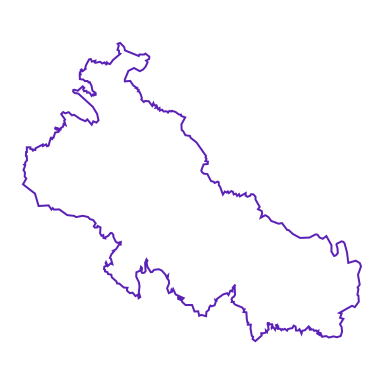 Emiliano Zapata, Veracruz, Mexico (Equal Earth projection)
{"feature_id": "50627088B15654993016577", "entity_name": "Emiliano Zapata", "entity_type": "district", "adm_level": 2, "iso_a3": "MEX", "parent_name": "Mexico", "parent_adm1": "Veracruz", "projection": "equal_earth", "projection_center": [-96.752, 19.457], "detail": "fine", "context": "isolated", "style": "outline", "palette": "violet", "viewbox_px": 384, "rotation_deg": 0, "n_neighbors": 0, "source": "geoboundaries", "source_scale": "gbopen_adm2", "svg_char_len": 5889}
<svg xmlns="http://www.w3.org/2000/svg" viewBox="0 0 384 384"><path d="M149.3,56.6L145.4,53.6L144.2,54.5L139.3,54.5L138.8,56.0L126.6,51.1L124.9,50.3L124.2,47.1L120.1,42.9L117.7,43.8L118.8,45.6L117.5,49.9L118.9,50.5L119.2,53.3L120.3,53.8L112.9,60.1L110.0,64.1L107.4,63.1L107.0,63.7L106.7,62.5L105.6,63.8L104.5,62.4L102.2,63.5L100.2,61.8L95.5,62.8L94.8,62.5L95.3,60.7L91.9,61.6L90.8,59.0L89.1,59.4L86.0,65.2L85.1,68.5L85.6,68.9L82.8,71.1L81.6,69.4L80.7,70.0L81.3,71.3L79.9,72.3L80.6,74.3L79.7,74.3L79.9,79.1L83.4,79.6L84.9,81.1L87.6,81.0L88.5,82.5L89.7,82.1L91.5,85.7L92.5,90.8L95.6,92.9L95.7,94.8L94.1,95.3L94.2,94.3L93.4,94.1L91.6,95.9L90.2,93.4L88.6,92.3L87.1,92.7L86.4,90.9L84.0,91.2L83.1,89.2L84.3,87.9L82.7,86.3L77.7,90.8L74.3,89.7L73.3,90.0L73.1,91.5L74.7,93.0L78.3,93.6L92.8,106.8L97.1,113.9L98.5,120.3L96.5,122.6L93.3,121.3L91.7,124.7L87.3,119.4L85.4,121.2L80.1,118.9L74.1,114.8L71.9,115.3L68.7,112.2L65.3,113.3L63.1,112.1L61.2,114.1L65.1,119.6L64.2,120.8L65.5,125.0L63.6,123.9L63.0,126.7L60.8,128.1L60.7,129.2L55.5,127.6L55.1,128.5L56.2,129.5L59.7,130.3L58.5,131.9L55.1,132.6L53.5,137.8L51.5,137.7L51.8,138.9L50.6,138.4L48.5,145.8L46.9,146.2L46.2,144.4L42.9,146.0L42.8,144.5L35.5,148.3L35.3,150.0L33.2,149.6L32.9,151.4L32.4,149.3L30.3,148.9L30.4,147.3L26.8,147.3L26.9,152.0L26.1,152.0L25.9,155.0L26.0,156.1L26.8,156.2L27.0,160.3L25.2,162.5L25.2,164.3L24.2,164.7L25.1,165.8L23.5,170.0L24.9,172.3L24.7,176.6L26.3,178.5L23.0,184.3L35.0,193.6L38.6,206.0L48.6,205.4L51.5,209.6L52.7,208.1L54.1,209.6L59.3,209.4L67.2,215.1L74.2,215.9L76.0,217.1L82.8,215.8L88.0,217.0L89.9,219.0L93.2,220.1L95.7,223.4L93.8,226.3L94.8,227.6L97.2,227.4L97.6,226.0L100.5,227.4L100.1,233.3L101.5,235.8L103.3,235.1L103.5,238.0L105.4,238.4L105.4,237.3L108.3,235.8L110.7,232.9L112.0,233.2L113.4,235.0L113.3,236.6L115.8,241.8L117.7,242.9L120.8,242.0L120.6,244.6L119.3,244.2L115.9,249.4L113.1,250.8L113.9,251.4L111.3,254.5L109.9,258.0L111.0,259.0L112.4,264.2L110.6,263.4L107.8,266.0L106.0,262.2L105.6,263.0L106.8,265.8L104.4,266.5L104.0,269.2L105.1,269.9L105.0,271.4L107.5,272.2L108.0,274.0L111.3,274.7L111.8,277.3L116.5,281.5L117.1,283.5L119.3,283.6L123.8,287.5L127.5,287.8L126.9,289.6L127.3,291.0L129.8,293.1L132.6,292.7L135.5,296.1L137.9,294.6L138.6,298.2L140.2,297.1L138.8,292.3L139.5,286.6L139.0,282.5L136.2,276.6L136.4,272.3L140.2,270.6L141.0,266.9L142.0,268.0L141.5,271.9L142.2,273.0L144.1,272.8L145.6,271.2L145.1,262.9L146.5,259.3L147.4,260.5L146.6,263.1L147.5,267.0L150.8,272.2L152.2,272.0L154.0,269.9L158.7,269.2L161.7,270.5L165.5,274.7L166.6,277.2L168.0,275.5L167.6,279.0L168.8,280.4L169.1,283.3L167.1,288.3L168.8,293.1L171.0,292.1L171.5,289.9L172.2,291.0L173.1,289.0L175.7,294.5L183.6,298.1L182.4,299.4L179.0,296.9L178.1,297.3L178.2,298.9L181.7,300.4L182.0,301.7L185.5,305.0L192.1,305.0L194.5,311.5L198.2,311.3L199.2,315.8L201.2,314.9L206.1,316.2L206.4,311.9L208.9,309.8L209.2,307.5L210.4,305.6L211.5,306.3L214.6,305.3L215.8,301.8L215.3,299.9L216.6,300.5L217.0,298.9L223.2,294.4L227.1,293.2L228.5,295.0L230.4,290.7L232.4,291.4L232.4,289.4L233.9,287.9L233.0,287.4L235.3,284.6L234.6,286.1L235.0,294.8L233.9,296.8L232.3,297.6L231.5,299.4L232.1,300.5L231.7,302.0L233.8,301.9L233.7,303.0L235.1,304.6L242.4,307.6L243.5,309.3L244.6,309.3L243.5,312.0L246.4,312.3L246.8,319.1L247.4,322.4L248.2,322.6L247.8,324.7L250.8,324.7L250.5,328.4L251.8,335.9L253.1,336.7L252.6,339.1L255.3,341.1L261.6,335.6L261.1,332.4L261.8,333.7L266.2,332.4L266.0,330.7L267.1,331.9L267.3,330.6L268.6,329.6L268.1,325.8L268.8,325.0L267.6,324.5L267.8,323.0L268.8,323.0L269.1,324.4L272.1,324.2L272.4,324.7L271.6,327.6L271.7,328.2L273.1,326.9L275.0,329.6L275.2,328.4L277.0,328.2L276.0,325.2L277.1,324.8L277.1,326.3L278.2,326.3L278.2,328.9L279.9,328.7L281.4,330.2L282.2,329.1L283.3,329.6L284.7,328.8L287.1,330.6L288.0,329.0L292.3,328.1L293.8,325.6L295.6,326.7L296.0,330.5L297.8,330.6L299.5,329.2L301.5,333.7L302.3,330.8L305.0,330.2L308.7,326.4L310.7,328.6L309.5,329.0L309.8,329.7L313.3,329.5L314.2,330.9L316.0,330.4L317.2,331.7L318.4,330.8L318.4,332.1L317.2,333.5L319.6,335.0L319.7,333.0L320.6,333.0L322.0,336.7L326.3,336.1L328.9,337.5L333.5,336.4L337.0,337.2L340.7,336.0L342.1,331.5L341.6,327.0L340.0,324.2L343.4,318.9L340.1,317.8L341.6,313.5L339.4,312.9L352.0,305.8L354.8,307.1L358.8,301.7L358.4,295.7L357.4,294.8L358.4,289.1L357.6,287.6L359.7,284.6L358.0,274.8L361.0,266.4L359.8,263.1L355.8,260.7L348.3,262.9L347.0,252.4L344.6,243.4L343.3,241.8L341.5,241.4L336.9,243.7L336.4,244.8L337.5,248.1L337.8,253.1L335.7,255.5L334.0,255.9L331.4,251.5L331.5,245.3L326.4,236.1L322.7,238.8L319.6,237.5L317.5,234.7L315.6,234.4L309.4,237.6L300.0,237.9L292.9,234.0L288.7,230.1L287.1,229.9L282.0,223.1L278.5,223.7L271.2,220.9L268.3,217.0L265.3,215.2L260.7,217.7L262.2,213.3L261.7,211.0L258.0,209.2L259.7,206.9L255.5,199.5L255.5,196.7L253.4,194.4L251.0,194.2L250.1,195.8L247.5,196.8L245.6,195.7L245.7,193.1L239.9,196.4L239.0,194.2L237.1,195.9L235.8,193.7L233.7,194.4L232.9,191.8L231.3,191.1L228.8,193.1L227.8,191.5L226.8,192.6L224.9,191.5L222.9,194.5L220.0,186.5L218.9,185.4L218.7,182.2L217.7,181.6L214.6,183.0L213.8,181.8L211.0,181.1L207.4,174.1L203.7,173.6L201.9,172.0L201.3,170.4L203.6,164.4L207.7,164.0L207.9,161.6L205.4,161.1L206.5,158.8L205.5,157.3L206.1,156.1L196.4,142.3L190.6,137.8L190.0,136.0L185.4,135.2L183.1,131.0L181.7,130.1L181.4,124.4L185.2,117.4L181.3,116.0L181.0,114.6L179.1,114.6L175.6,112.0L171.9,110.8L171.3,111.5L169.4,110.9L168.0,112.6L166.7,111.3L163.6,111.5L162.1,109.7L159.9,110.6L159.5,108.1L158.1,109.2L157.4,107.6L155.8,107.8L156.9,106.3L156.4,105.2L154.3,105.5L153.4,103.1L152.2,105.9L148.7,101.2L145.1,101.0L143.8,102.0L141.3,99.5L141.9,98.1L140.8,94.7L139.4,91.7L138.0,91.4L138.7,89.9L137.1,88.9L137.2,87.9L135.5,87.9L135.6,87.0L133.4,85.6L130.2,80.9L124.9,81.4L124.8,79.6L128.4,70.9L134.0,68.0L139.8,71.2L143.1,69.5L145.5,66.8L147.6,62.3L146.1,60.6L149.1,59.0L149.3,56.6Z" fill="none" stroke="#5b21b6" stroke-width="2"/></svg>